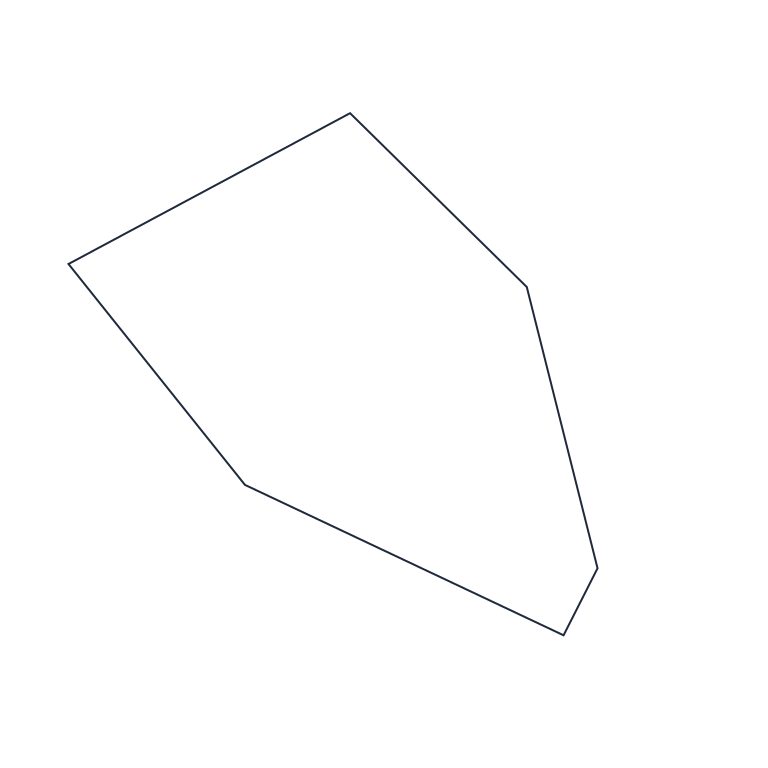 an SVG outline of Montserrat, rotated 136°
{"feature_id": "MSR", "entity_name": "Montserrat", "entity_type": "country or territory", "adm_level": 0, "iso_a3": "MSR", "parent_name": "North America", "parent_adm1": "", "projection": "orthographic", "projection_center": [-62.18, 16.745], "detail": "fine", "context": "isolated", "style": "outline", "palette": "slate", "viewbox_px": 768, "rotation_deg": 136, "n_neighbors": 0, "source": "natural_earth", "source_scale": "50m", "svg_char_len": 249}
<svg xmlns="http://www.w3.org/2000/svg" viewBox="0 0 768 768"><g transform="rotate(136 384 384)"><path d="M554.1,408.0L527.6,689.5L220.3,602.4L213.9,354.6L358.4,103.1L429.4,78.5L554.1,408.0Z" fill="none" stroke="#1e293b" stroke-width="2"/></g></svg>